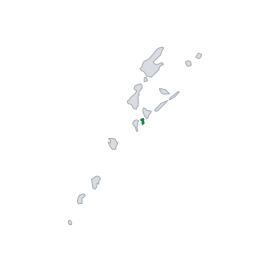 Paama, Malampa, Vanuatu shown in context, rotated 57°
{"feature_id": "77236927B20475273490027", "entity_name": "Paama", "entity_type": "district", "adm_level": 2, "iso_a3": "VUT", "parent_name": "Vanuatu", "parent_adm1": "Malampa", "projection": "mercator", "projection_center": [168.29, -16.483], "detail": "fine", "context": "in_parent", "style": "filled", "palette": "green", "viewbox_px": 256, "rotation_deg": 57, "n_neighbors": 0, "source": "geoboundaries", "source_scale": "gbopen_adm2", "svg_char_len": 3165}
<svg xmlns="http://www.w3.org/2000/svg" viewBox="0 0 256 256"><g transform="rotate(57 128 128)"><path d="M84.4,60.6L86.3,70.8L88.5,70.8L89.7,70.2L91.0,67.8L91.6,64.1L92.7,63.5L94.2,63.9L93.6,65.1L94.0,68.1L95.1,69.8L95.9,70.1L97.4,78.0L97.9,79.6L97.9,80.9L94.7,83.9L90.1,83.8L86.8,85.5L84.7,85.4L84.8,83.4L83.0,81.8L81.0,78.5L81.5,72.5L77.9,61.3L77.8,58.5L79.1,54.9L80.3,54.7L81.9,57.8L84.4,60.6ZM104.2,99.8L105.6,100.5L106.3,100.5L106.8,102.0L111.1,105.0L112.2,104.9L113.2,106.5L115.0,107.4L115.5,109.1L116.8,110.8L114.6,112.8L110.1,112.3L107.6,114.6L105.3,114.0L104.9,112.8L105.2,112.4L103.9,109.2L103.3,104.4L102.3,101.6L101.3,100.4L99.3,101.5L98.4,101.6L96.5,99.3L97.4,94.6L97.9,93.3L99.5,93.0L101.9,94.2L104.2,99.8ZM161.4,188.6L160.1,190.1L158.9,190.0L151.1,186.4L151.4,185.0L151.1,181.3L152.0,179.3L154.1,178.5L155.8,178.9L156.8,181.8L159.1,183.0L157.5,184.1L160.3,186.3L161.4,188.6ZM135.0,144.8L138.0,149.2L139.1,149.6L137.3,152.8L133.6,153.1L129.2,152.2L130.8,151.1L130.0,149.9L128.7,149.6L127.1,150.2L126.4,150.0L127.4,148.0L129.8,145.1L130.6,144.9L131.2,144.8L131.9,145.1L135.0,144.8ZM130.5,107.3L127.1,107.6L122.4,106.6L120.4,105.3L119.6,103.9L121.3,102.9L123.6,102.4L126.6,99.4L127.6,100.5L128.7,104.0L129.9,105.0L130.6,106.1L130.5,107.3ZM166.1,207.5L164.5,211.0L161.8,210.2L159.3,207.7L158.0,205.5L158.9,201.3L160.1,200.6L161.5,200.9L162.2,204.9L166.1,207.5ZM128.1,95.9L127.6,95.9L127.1,94.5L125.4,86.9L126.5,80.2L127.2,81.6L129.7,93.5L129.3,95.4L128.1,95.9ZM135.0,121.0L135.9,121.5L135.4,122.7L131.3,121.3L128.0,121.8L127.1,121.8L126.1,120.6L125.4,118.2L125.7,116.6L127.1,115.4L127.6,115.2L128.7,116.7L129.6,117.6L130.5,118.0L132.6,120.4L135.0,121.0ZM119.1,79.4L117.1,80.8L113.4,80.7L112.0,79.9L116.5,75.6L121.8,74.7L119.1,79.4ZM109.4,43.2L108.1,44.7L104.8,44.2L104.0,43.8L104.2,41.2L105.0,40.3L107.0,39.5L109.8,40.8L109.4,43.2ZM106.5,32.3L106.1,32.6L105.4,32.4L103.6,28.7L104.1,27.5L106.3,26.3L108.2,28.3L108.4,29.5L108.4,30.4L108.1,31.3L106.8,31.6L106.5,32.3ZM127.3,76.1L126.8,78.0L125.6,75.8L124.8,66.4L125.1,65.6L125.8,65.5L127.3,72.0L127.3,76.1ZM178.2,228.0L177.1,229.7L175.5,229.7L173.4,228.5L173.8,226.9L176.2,226.7L176.9,226.8L178.2,228.0ZM98.5,88.3L97.9,89.1L94.8,87.1L95.5,85.1L98.9,85.8L98.5,88.3Z" fill="#d9dde1" stroke="#a8b0b8" stroke-width="1"/><path d="M128.1,112.0L128.0,112.3L128.1,112.5L128.3,112.6L128.5,112.7L128.8,112.6L129.0,112.6L129.3,112.4L129.3,112.2L129.2,111.9L129.2,111.7L129.2,111.4L129.3,111.4L129.2,111.3L129.3,111.2L129.2,111.2L129.3,111.1L129.3,110.9L129.4,110.7L129.5,110.6L129.5,110.4L129.4,110.3L129.3,110.2L129.2,110.2L128.9,110.2L128.7,110.2L128.6,110.3L128.5,110.5L128.4,110.7L128.4,110.8L128.4,111.0L128.2,111.1L128.2,111.3L128.2,111.5L128.1,111.8L128.1,112.0L128.1,112.0ZM131.7,111.8L131.4,111.7L131.4,111.8L131.2,111.8L130.9,111.9L130.9,112.0L130.9,112.3L130.9,112.5L131.0,112.6L131.0,112.8L131.1,113.0L131.3,113.1L131.5,113.2L131.5,113.3L131.8,113.4L132.0,113.4L132.3,113.4L132.5,113.4L132.5,113.2L132.6,113.3L132.6,113.2L132.7,112.9L132.7,112.7L132.6,112.4L132.5,112.2L132.4,112.2L132.3,111.9L132.2,111.9L131.9,111.8L131.7,111.8L131.7,111.8Z" fill="#22c55e" stroke="#15803d" stroke-width="1.5"/></g></svg>